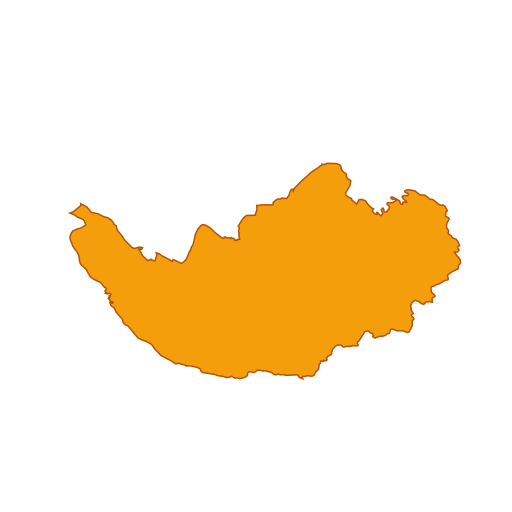 outline of Tebo, Jambi, Indonesia, rotated 118°
{"feature_id": "22746128B61304276790881", "entity_name": "Tebo", "entity_type": "district", "adm_level": 2, "iso_a3": "IDN", "parent_name": "Indonesia", "parent_adm1": "Jambi", "projection": "equal_earth", "projection_center": [102.337, -1.395], "detail": "fine", "context": "isolated", "style": "filled", "palette": "amber", "viewbox_px": 512, "rotation_deg": 118, "n_neighbors": 0, "source": "geoboundaries", "source_scale": "gbopen_adm2", "svg_char_len": 6092}
<svg xmlns="http://www.w3.org/2000/svg" viewBox="0 0 512 512"><g transform="rotate(118 256 256)"><path d="M386.0,266.0L385.3,265.3L383.7,262.1L382.2,256.6L381.8,253.2L382.2,252.0L383.7,250.2L383.9,248.4L380.0,237.0L379.7,233.9L377.6,228.0L377.1,224.8L375.7,222.7L373.5,220.9L373.7,217.1L372.5,215.8L372.1,213.4L370.9,211.5L368.2,208.8L366.3,207.7L365.2,207.6L363.1,208.3L362.0,208.1L361.0,206.9L359.9,203.7L359.2,202.7L358.2,201.9L356.8,201.6L355.9,200.8L354.9,198.5L354.1,195.4L352.6,193.3L352.7,192.2L351.6,188.3L352.1,184.4L351.8,183.1L351.1,182.0L349.7,180.8L349.3,178.5L348.2,176.6L347.0,173.0L341.7,164.0L341.5,163.4L342.7,161.0L342.8,160.0L342.5,157.2L341.8,158.5L340.4,158.1L339.4,156.3L337.4,154.2L336.4,151.2L335.5,149.8L333.8,148.7L330.1,148.7L327.7,147.9L325.9,147.8L321.8,149.4L320.6,148.9L318.4,149.6L317.8,149.1L317.5,147.0L316.2,147.2L316.0,145.5L315.5,144.9L314.4,144.5L313.7,144.9L313.0,146.0L312.0,145.5L310.2,145.4L309.4,144.3L307.4,143.3L302.8,144.7L298.1,143.4L296.6,142.3L294.6,139.1L295.4,136.4L295.0,135.4L293.4,133.7L291.9,130.9L289.6,128.2L287.6,124.0L286.6,124.0L285.4,125.6L284.6,126.2L282.6,125.2L271.7,124.4L269.7,122.3L269.5,121.4L270.2,118.9L269.8,116.9L270.8,115.4L272.5,114.9L272.7,112.5L269.2,109.6L267.3,106.4L265.2,104.3L263.2,103.8L262.1,102.3L261.5,102.0L257.8,102.6L256.8,101.8L256.3,100.9L255.9,96.3L254.2,93.6L253.1,91.0L252.5,86.5L251.7,85.4L248.1,85.0L243.3,85.6L241.2,87.1L240.1,87.5L237.8,86.9L237.2,87.2L236.5,88.3L236.1,90.3L234.8,91.2L233.8,90.4L232.8,90.3L231.3,93.0L228.5,95.2L227.8,95.8L224.3,96.5L220.8,95.0L220.2,94.3L219.9,90.5L220.4,87.5L220.1,85.6L219.2,84.8L217.3,84.7L216.5,84.1L215.5,82.1L214.6,81.2L214.4,79.7L214.1,78.7L213.5,78.8L211.5,80.5L209.5,80.3L208.1,79.2L207.3,79.0L206.7,80.0L205.7,83.9L202.8,86.1L201.4,86.7L200.3,86.2L198.4,84.2L196.6,83.3L194.5,81.1L189.1,77.9L186.9,75.4L185.7,75.6L183.1,78.1L178.4,75.8L172.4,71.5L171.4,71.6L170.3,72.5L168.8,72.8L167.7,72.3L166.0,72.2L164.4,73.1L163.3,74.3L162.0,76.7L161.7,78.2L159.5,82.6L158.2,80.5L156.3,79.3L154.9,80.0L154.3,81.6L153.4,82.3L151.6,81.5L151.2,81.0L149.5,83.2L147.2,87.1L147.7,90.4L147.5,91.7L146.6,93.0L146.3,95.9L145.7,97.2L144.2,97.4L143.3,98.1L142.6,98.8L142.6,99.1L141.6,100.9L139.5,102.2L136.5,103.0L133.0,102.6L132.0,103.7L131.8,105.0L132.0,106.8L131.7,107.5L128.4,108.9L126.2,108.3L123.6,112.1L123.2,113.4L123.2,114.9L124.4,116.7L124.6,118.3L123.2,126.0L123.3,127.1L124.1,128.5L123.1,136.0L124.8,139.1L125.0,140.3L123.9,146.1L125.5,151.5L126.4,153.2L127.2,154.3L128.2,155.0L129.4,154.8L129.8,153.7L129.4,151.2L130.4,150.4L131.1,150.4L131.6,150.7L133.3,153.8L134.6,154.9L135.3,154.6L136.6,152.3L137.2,148.8L137.6,148.1L138.3,148.4L138.9,150.9L139.6,151.4L141.5,150.8L142.0,151.5L142.0,152.9L139.9,155.2L139.8,163.0L140.3,164.0L141.0,164.3L141.7,163.9L142.0,162.1L140.8,160.9L140.6,159.8L140.8,158.8L141.4,158.3L145.1,160.8L146.8,164.5L147.7,165.0L148.8,164.5L149.6,161.6L150.1,161.0L153.0,160.7L153.5,161.2L155.3,161.3L156.4,162.0L156.8,162.8L156.8,163.5L154.5,165.5L154.1,166.2L154.3,166.8L156.2,167.2L157.1,166.4L158.8,164.1L161.3,164.3L161.6,164.4L161.8,165.2L160.5,169.5L160.9,169.8L161.8,168.7L162.4,168.5L162.9,170.1L162.8,172.1L161.7,174.3L161.3,174.7L159.3,174.2L159.1,177.6L157.4,182.6L155.9,185.2L156.4,189.3L157.6,190.8L157.8,191.5L162.9,191.5L161.5,197.7L160.4,198.8L160.6,201.5L160.3,204.9L158.5,206.4L149.7,206.2L145.3,207.4L144.8,208.5L144.8,211.7L142.6,214.2L141.5,214.6L141.0,215.4L140.9,217.5L140.2,219.9L138.7,222.0L138.4,221.8L138.6,222.0L137.0,223.1L136.5,223.9L136.3,224.9L136.4,227.5L137.3,229.8L140.3,235.8L140.9,236.8L143.2,238.7L144.0,241.0L145.3,240.6L146.7,241.8L148.3,242.3L156.7,246.9L161.7,248.4L169.0,251.2L177.9,253.8L181.1,253.6L179.7,254.9L180.7,256.1L184.2,256.0L186.5,255.4L190.8,255.9L192.3,259.3L192.3,260.0L194.6,261.5L195.4,263.5L196.4,264.3L200.7,266.0L202.4,265.1L203.2,265.6L208.2,275.1L210.0,277.1L210.9,279.1L215.0,276.8L219.3,276.2L220.0,275.7L220.9,276.6L224.4,283.1L226.5,284.4L230.9,285.3L238.0,285.7L238.9,284.0L241.9,283.2L243.6,282.1L244.1,281.2L245.2,281.2L248.9,278.3L249.9,280.0L251.2,280.1L251.2,280.9L251.8,281.4L252.1,282.0L251.4,282.3L251.0,283.9L251.5,285.4L251.3,286.1L252.2,286.4L251.9,287.3L253.8,290.3L253.5,291.9L254.0,292.0L254.2,292.8L254.7,292.5L255.6,292.8L256.0,294.4L254.7,302.6L252.7,309.4L252.4,314.5L252.7,316.3L253.5,317.9L255.0,319.0L259.9,320.0L265.6,319.6L274.3,317.2L276.6,316.9L278.6,317.3L281.5,316.4L282.9,316.9L290.1,316.1L292.2,316.2L294.5,316.8L297.6,318.3L297.9,327.5L300.0,327.5L299.8,335.8L300.1,337.6L299.5,342.4L300.0,345.6L301.6,344.0L307.8,342.9L308.2,344.2L308.2,345.5L307.8,345.6L308.4,345.7L308.1,347.2L310.7,349.2L310.8,349.7L309.0,356.4L306.4,359.9L305.0,362.9L304.6,362.9L304.2,360.7L303.5,360.0L302.0,360.0L302.1,361.2L303.3,363.7L306.1,366.5L306.6,367.7L306.6,370.1L303.5,379.7L301.5,383.0L299.3,388.2L299.1,389.3L296.8,392.1L294.9,393.6L294.8,395.8L293.4,397.9L292.2,400.7L291.8,405.1L292.7,408.4L292.9,411.0L292.7,412.0L292.9,413.1L292.9,415.5L294.8,421.8L292.2,428.2L292.1,435.3L293.6,434.3L302.1,437.8L303.4,438.6L305.4,440.5L305.0,435.5L305.1,433.4L305.5,432.7L305.0,425.8L305.5,424.2L308.3,421.0L309.6,421.4L312.9,423.3L316.7,427.1L319.7,429.3L322.0,429.8L325.4,429.6L327.3,428.8L328.7,427.7L333.5,422.1L336.5,415.9L338.5,413.0L339.5,412.0L343.2,409.5L344.9,407.9L345.9,406.1L347.6,399.3L350.0,396.1L351.8,393.0L352.4,391.2L352.7,388.6L352.4,380.9L354.8,374.8L354.7,373.5L355.5,372.6L357.7,373.0L358.3,372.2L358.6,370.5L359.6,371.3L359.2,369.5L357.5,367.2L357.6,366.4L359.4,366.1L360.1,366.9L360.8,365.6L361.6,366.5L362.3,365.5L362.7,366.4L363.0,366.4L363.1,365.1L364.3,363.5L363.9,361.1L364.2,360.3L364.8,360.2L364.8,361.5L365.5,361.8L365.8,363.0L367.7,361.0L368.2,359.5L368.0,357.4L368.9,356.8L369.1,355.8L371.4,352.8L374.7,343.9L376.8,342.4L377.6,341.0L378.0,339.2L377.9,336.1L383.6,322.2L383.8,321.4L383.4,315.0L383.0,313.6L383.0,307.5L383.7,305.5L385.7,301.6L388.5,293.0L388.4,281.8L388.9,276.5L388.5,275.4L387.5,274.8L387.0,273.8L386.4,270.0L385.8,268.8L385.6,267.0L386.0,266.0Z" fill="#f59e0b" stroke="#b45309" stroke-width="1.5"/></g></svg>